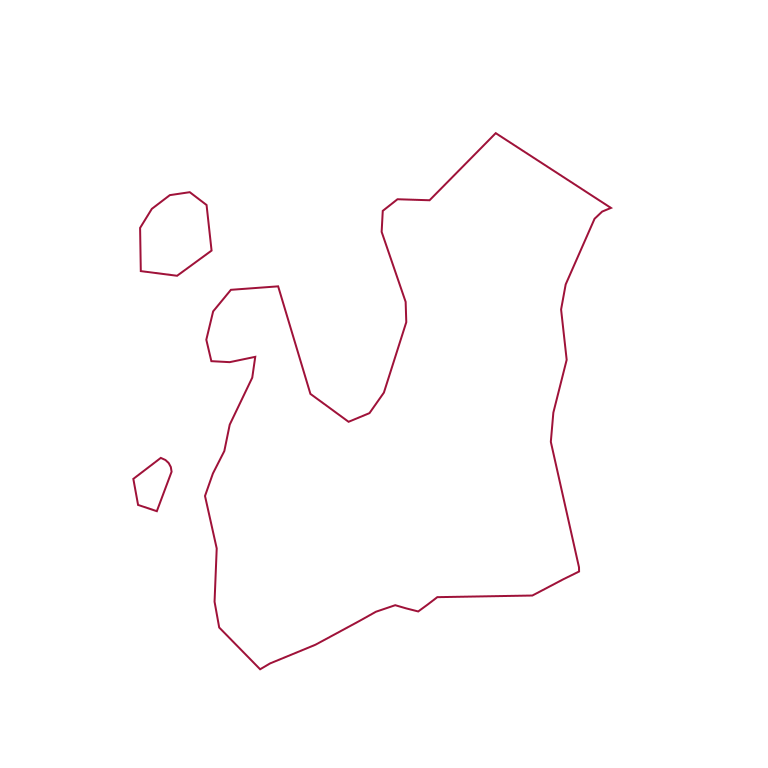 map outline of Qazax (Natural Earth projection), rotated 71°
{"feature_id": "AZE-1684", "entity_name": "Qazax", "entity_type": "District", "adm_level": 1, "iso_a3": "AZE", "parent_name": "Azerbaijan", "parent_adm1": "", "projection": "natural_earth1", "projection_center": [45.184, 41.159], "detail": "fine", "context": "isolated", "style": "outline", "palette": "rose", "viewbox_px": 768, "rotation_deg": 71, "n_neighbors": 0, "source": "natural_earth", "source_scale": "10m", "svg_char_len": 983}
<svg xmlns="http://www.w3.org/2000/svg" viewBox="0 0 768 768"><g transform="rotate(71 384 384)"><path d="M369.4,456.8L408.2,429.8L406.8,407.2L392.1,386.9L332.8,342.8L313.4,336.8L239.4,336.7L219.9,328.8L213.7,311.1L225.1,281.1L183.2,196.7L291.4,112.1L292.0,121.6L296.3,131.1L349.0,179.8L371.2,192.3L420.6,203.4L466.2,233.2L493.0,245.1L620.8,259.3L624.8,260.6L627.0,278.0L632.3,312.6L602.9,403.0L606.8,414.7L610.2,425.7L603.3,436.2L596.8,445.4L596.7,465.8L600.2,485.2L608.2,533.7L611.1,582.7L613.3,593.5L613.4,594.0L560.6,619.1L534.7,615.1L485.0,595.7L431.6,589.7L412.9,574.9L395.4,556.8L372.2,543.1L335.1,506.5L316.4,496.9L313.1,522.8L306.2,539.8L284.3,537.6L259.7,521.9L245.1,498.1L257.2,452.3L369.4,456.8ZM157.0,493.5L201.7,503.6L214.3,544.4L198.1,577.2L157.0,563.8L142.8,546.5L135.7,525.0L139.4,505.2L157.0,493.5ZM393.1,612.6L397.8,613.4L430.3,640.2L418.3,655.9L392.1,651.9L381.2,619.1L384.7,615.4L388.7,613.3L393.1,612.6Z" fill="none" stroke="#9f1239" stroke-width="2"/></g></svg>